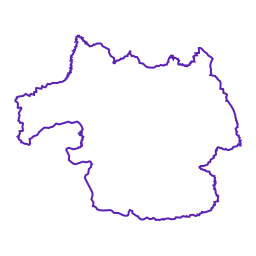 outline of Soi Dao, Chanthaburi, Thailand
{"feature_id": "78962969B71557227555667", "entity_name": "Soi Dao", "entity_type": "district", "adm_level": 2, "iso_a3": "THA", "parent_name": "Thailand", "parent_adm1": "Chanthaburi", "projection": "mercator", "projection_center": [102.227, 13.187], "detail": "fine", "context": "isolated", "style": "outline", "palette": "violet", "viewbox_px": 256, "rotation_deg": 0, "n_neighbors": 0, "source": "geoboundaries", "source_scale": "gbopen_adm2", "svg_char_len": 5678}
<svg xmlns="http://www.w3.org/2000/svg" viewBox="0 0 256 256"><path d="M28.7,144.9L29.6,144.5L30.1,143.4L29.6,139.0L31.6,138.2L33.1,136.5L37.3,135.0L39.3,131.9L43.9,127.9L46.0,127.6L48.6,128.1L50.1,127.3L53.1,126.6L56.1,123.6L59.3,124.4L68.4,121.7L71.9,123.1L77.0,121.6L78.2,122.3L79.6,123.4L81.4,125.9L82.8,129.3L81.6,130.6L81.8,131.6L80.6,131.9L81.3,132.9L79.6,133.3L80.7,133.9L79.8,134.2L80.4,134.7L80.2,135.2L81.7,135.4L83.3,136.9L82.2,137.9L82.7,138.6L82.6,139.8L81.5,140.3L81.7,141.2L80.8,142.6L80.9,143.1L81.6,143.3L81.3,144.6L81.9,144.4L82.1,145.7L80.3,147.3L78.5,147.3L78.2,148.1L74.1,149.1L72.5,149.1L69.1,147.8L66.7,148.7L66.3,150.0L69.2,155.9L68.8,160.0L73.5,163.8L75.6,164.2L83.0,161.7L86.6,162.3L89.4,161.3L90.7,161.9L91.3,163.6L92.1,164.2L91.1,165.5L91.0,167.1L88.9,169.0L88.2,173.7L85.6,175.4L84.8,177.8L92.4,192.6L92.5,195.7L91.4,199.1L93.5,202.7L92.9,206.2L94.6,206.4L96.3,207.7L96.9,209.1L99.5,210.2L103.0,210.5L110.4,210.1L112.0,210.8L113.9,212.9L118.4,213.0L123.0,215.2L125.4,215.8L127.3,215.6L128.3,214.9L128.8,211.9L129.9,210.0L132.3,211.0L132.4,213.1L136.5,215.9L138.2,216.4L138.8,217.8L141.2,219.5L143.6,219.4L147.0,217.5L149.7,219.1L152.1,218.8L153.1,217.9L154.8,218.7L155.8,220.0L158.2,219.6L159.3,220.1L162.9,218.9L163.6,219.7L165.2,218.8L168.2,218.4L171.4,219.2L173.2,219.2L175.2,218.6L175.9,217.3L180.7,217.6L182.8,216.1L186.3,216.8L186.6,216.2L188.9,216.9L189.5,216.6L190.2,215.1L191.7,214.9L193.4,214.9L194.4,215.6L196.2,215.9L197.2,215.4L197.5,214.5L199.3,215.2L200.0,213.6L202.3,212.7L202.1,212.0L203.9,212.4L206.0,212.0L211.1,210.2L211.6,208.1L212.4,208.2L213.8,204.9L214.7,205.3L215.1,204.6L214.3,202.1L218.1,201.1L217.7,199.9L218.2,196.2L217.4,195.9L217.8,195.6L217.5,195.2L216.4,194.6L215.6,192.7L215.6,190.2L214.2,189.0L214.9,188.5L214.3,187.2L214.4,186.3L214.0,186.1L214.3,185.4L213.9,185.2L214.4,185.0L214.6,184.1L215.1,184.3L215.7,183.1L214.3,181.5L214.8,180.9L215.3,180.9L214.6,179.3L215.1,177.8L214.5,177.2L214.5,176.1L212.2,175.7L210.9,174.3L210.2,174.2L209.4,171.6L207.2,171.5L205.1,170.5L205.0,170.0L202.6,169.7L201.6,168.8L201.0,169.0L200.6,168.2L199.7,167.9L199.5,166.8L201.0,166.0L203.6,166.0L207.6,164.6L208.5,162.3L210.0,162.1L210.6,159.8L214.1,157.5L214.1,156.6L213.6,156.1L216.0,154.5L215.7,151.1L216.3,150.8L216.2,149.9L216.9,150.0L217.1,148.2L217.8,147.3L219.0,147.4L219.9,148.1L221.3,148.0L222.8,149.1L224.9,149.5L225.8,148.9L227.5,150.0L228.9,150.0L232.6,148.5L232.8,147.4L233.7,146.8L236.9,146.3L238.3,144.2L239.1,144.2L239.9,144.7L239.8,145.4L240.6,145.5L240.6,143.5L240.4,142.2L239.7,141.9L240.2,141.1L239.4,141.3L239.7,137.7L238.6,137.0L238.7,135.6L236.7,134.6L236.4,134.0L236.6,132.4L237.1,131.9L236.2,131.1L236.4,130.6L235.8,129.7L235.7,128.5L237.7,126.9L237.4,126.1L237.7,123.9L236.9,122.9L236.9,121.3L236.0,120.5L236.1,119.0L235.5,117.8L235.4,115.5L233.3,109.6L231.5,106.5L227.8,101.1L226.3,100.8L226.7,99.7L226.1,96.9L226.8,96.0L227.0,94.6L225.3,93.5L223.5,93.0L223.1,89.1L220.4,88.8L220.6,83.4L220.1,81.3L217.4,79.0L217.1,77.9L215.4,76.6L215.2,76.0L210.3,75.1L211.3,73.1L210.8,71.3L211.0,69.4L210.2,66.2L211.0,62.1L212.7,58.9L210.8,56.9L208.3,55.6L207.1,53.6L204.0,51.4L201.5,48.6L200.1,47.9L198.8,48.1L199.0,52.9L195.5,53.2L196.9,55.3L194.8,55.5L193.3,56.6L193.6,58.0L194.2,58.1L194.0,60.9L194.4,61.6L191.3,61.5L190.8,62.3L191.0,62.5L190.3,63.0L190.5,63.5L189.5,64.0L189.6,64.9L188.6,65.4L187.8,65.3L187.3,66.2L185.8,66.1L185.7,65.4L184.8,65.9L183.9,65.1L183.1,65.2L182.5,64.2L181.4,65.0L180.2,64.1L179.0,64.6L178.4,64.3L178.1,62.9L179.2,60.7L178.1,60.0L177.9,58.9L177.2,59.1L175.7,58.0L174.4,57.9L173.4,58.4L173.2,59.1L172.3,57.6L173.2,56.5L172.7,55.6L171.4,55.6L170.6,56.0L170.3,57.5L169.7,57.3L169.0,58.4L168.3,60.3L168.4,62.0L167.6,62.4L166.8,64.6L164.5,64.8L163.7,65.6L160.8,64.9L159.2,66.0L158.0,66.2L157.0,65.7L153.8,67.7L148.6,67.5L146.3,66.7L143.0,63.6L139.5,62.9L139.2,60.7L137.2,57.1L134.9,56.9L133.5,55.8L131.7,56.1L130.1,53.3L130.3,51.4L129.9,51.4L128.9,53.7L127.7,54.6L127.6,56.0L124.8,56.5L123.5,58.5L122.4,58.4L121.5,59.0L120.7,58.6L119.8,59.8L118.1,60.7L117.1,60.4L115.8,61.4L114.8,63.2L113.8,63.2L113.3,62.7L114.2,60.4L114.1,58.2L110.5,55.7L108.9,52.0L109.2,50.2L108.8,49.4L102.4,46.0L101.4,43.8L99.4,43.4L96.8,43.6L94.4,44.9L93.7,44.5L92.6,45.7L89.8,46.4L87.6,44.0L87.2,44.3L86.7,43.6L86.0,43.6L86.3,42.8L85.7,42.9L85.7,42.2L85.0,42.3L84.8,41.3L83.2,40.8L83.3,40.0L82.2,39.3L82.7,38.1L81.9,38.2L81.5,37.4L81.1,37.8L80.2,37.5L79.5,36.3L79.0,36.5L78.8,35.9L78.4,36.3L77.7,35.9L77.4,36.7L76.5,36.8L76.5,37.7L75.9,38.6L76.3,39.0L76.0,39.5L76.6,39.7L75.8,41.4L76.3,41.2L77.5,42.1L76.2,45.0L76.7,45.9L76.3,46.6L75.1,47.0L75.5,48.2L75.0,49.9L74.1,49.8L74.0,50.6L73.3,50.9L74.1,51.3L74.3,52.0L73.2,53.3L73.0,54.2L71.0,56.1L71.8,57.1L70.9,57.6L70.8,59.6L71.0,60.0L71.4,59.6L71.8,59.9L70.7,60.8L71.8,61.2L71.6,63.5L71.0,63.9L71.3,65.0L70.7,64.7L70.5,65.0L71.4,66.8L71.3,67.7L70.4,68.0L71.4,68.8L70.5,69.1L70.9,70.5L70.2,71.0L70.8,72.2L69.7,72.4L69.7,73.6L69.2,74.0L68.4,73.6L68.4,75.1L67.8,74.7L67.3,75.6L67.6,77.0L66.8,77.4L66.6,78.6L65.7,78.7L65.3,80.0L61.9,82.0L59.9,81.9L57.7,83.0L52.6,82.9L49.7,84.4L47.7,83.8L45.5,87.3L44.3,87.2L42.2,86.1L41.5,88.7L36.3,88.0L35.9,89.7L36.5,90.8L36.3,92.0L34.1,92.1L34.1,94.9L31.3,93.9L30.3,94.4L30.0,95.8L29.5,96.0L25.7,93.9L23.2,95.9L17.8,96.7L16.7,97.4L17.1,98.2L15.5,99.8L15.4,101.1L17.3,102.4L18.0,103.7L17.7,107.7L18.7,108.0L20.8,107.5L21.4,108.3L18.8,113.2L19.6,115.5L18.3,120.6L19.4,121.1L20.0,122.9L22.3,122.7L23.0,123.7L22.4,126.8L23.0,130.5L22.7,130.9L19.6,131.1L19.9,133.5L19.0,135.3L17.6,136.7L18.9,137.2L18.5,138.5L19.4,139.9L21.2,140.7L21.2,142.4L22.5,142.4L24.4,143.7L27.6,144.1L28.7,144.9Z" fill="none" stroke="#5b21b6" stroke-width="2"/></svg>